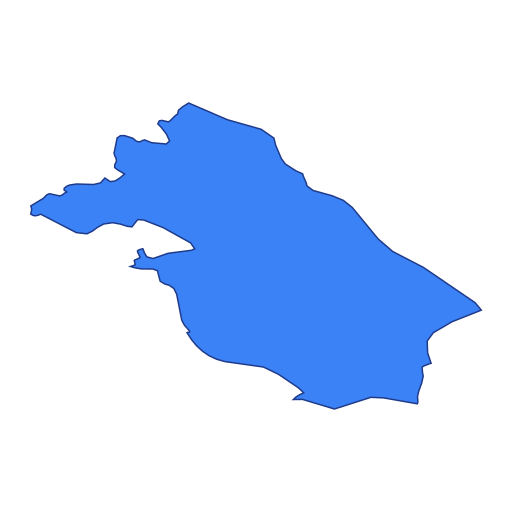 map outline of Central Ostrobothnia (Robinson projection)
{"feature_id": "FIN-3181", "entity_name": "Central Ostrobothnia", "entity_type": "Province", "adm_level": 1, "iso_a3": "FIN", "parent_name": "Finland", "parent_adm1": "", "projection": "robinson", "projection_center": [23.72, 63.644], "detail": "fine", "context": "isolated", "style": "filled", "palette": "blue", "viewbox_px": 512, "rotation_deg": 0, "n_neighbors": 0, "source": "natural_earth", "source_scale": "10m", "svg_char_len": 2145}
<svg xmlns="http://www.w3.org/2000/svg" viewBox="0 0 512 512"><path d="M30.7,214.0L31.6,210.2L31.6,208.6L30.8,205.9L43.4,198.3L46.7,194.9L49.4,193.7L59.6,195.9L62.1,195.1L64.3,193.3L66.7,191.9L66.2,191.5L64.1,190.1L64.2,188.2L67.1,186.0L69.8,185.0L76.5,184.0L93.6,184.5L100.5,182.9L104.9,178.0L110.2,181.6L115.1,181.0L119.8,178.0L124.6,174.0L117.8,170.0L114.7,167.6L114.7,164.9L116.5,161.1L116.0,158.2L114.7,155.7L114.0,152.8L114.5,151.1L117.1,138.0L120.4,135.7L124.5,135.6L132.2,138.0L133.6,138.8L136.1,141.0L138.2,141.8L140.5,141.6L142.5,140.5L144.6,139.9L151.6,142.7L166.2,144.0L169.6,141.0L166.5,134.2L161.2,127.3L157.8,123.9L159.4,120.8L162.0,120.4L168.4,121.9L170.1,120.8L175.1,115.8L177.5,114.1L178.5,110.2L182.7,106.7L188.1,103.4L188.6,103.0L227.3,119.7L261.2,129.3L273.9,138.1L275.6,145.1L281.3,158.5L285.3,164.0L296.0,170.9L302.6,173.8L303.3,176.1L306.4,183.3L306.9,185.9L313.2,190.5L332.0,195.7L343.4,200.4L352.3,207.5L378.1,238.9L392.7,251.5L423.4,267.4L475.0,302.6L481.3,310.1L451.9,321.8L433.3,332.7L427.2,341.0L427.6,352.8L431.1,363.3L429.6,363.7L424.0,365.9L422.1,367.1L422.5,372.4L423.2,376.2L421.7,383.0L418.8,391.0L417.5,396.4L417.9,402.2L417.3,403.8L383.7,397.9L371.0,397.3L334.4,409.0L302.5,399.4L293.4,399.5L295.9,397.1L298.9,395.1L303.7,392.8L298.5,387.9L278.5,374.3L263.3,367.0L225.0,361.6L216.8,359.3L209.2,355.8L202.6,351.3L196.7,345.9L191.5,339.6L187.0,332.7L187.9,332.3L188.8,332.4L189.4,332.1L189.6,331.1L184.3,325.0L181.7,320.0L176.7,294.3L173.9,288.5L169.0,285.2L164.8,284.0L160.2,281.3L158.0,273.1L157.7,270.9L152.9,269.0L141.2,268.9L134.5,267.7L130.5,266.5L134.4,265.2L135.2,264.5L134.9,263.6L134.7,262.4L134.5,261.5L134.2,260.8L134.7,260.0L135.7,259.7L138.8,258.2L139.7,257.9L140.1,257.0L139.6,256.2L137.9,252.6L137.5,251.7L137.6,250.6L139.3,249.7L142.0,248.9L142.9,248.8L144.6,253.2L146.9,256.9L153.1,258.5L168.0,253.3L191.3,250.3L194.7,248.8L190.6,242.9L163.1,227.6L143.7,220.0L137.7,219.6L131.9,226.9L127.3,226.3L120.4,224.1L112.6,222.7L103.7,224.0L97.4,227.4L92.3,231.2L86.9,233.8L76.3,232.6L40.7,214.2L37.6,215.4L35.0,215.8L32.7,215.3L30.7,214.0Z" fill="#3b82f6" stroke="#1e3a8a" stroke-width="1.5"/></svg>